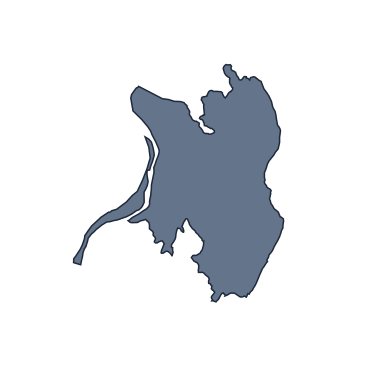 Al-Qusia, Asyut, Egypt (Mercator projection), rotated 219°
{"feature_id": "37247803B63984136807861", "entity_name": "Al-Qusia", "entity_type": "district", "adm_level": 2, "iso_a3": "EGY", "parent_name": "Egypt", "parent_adm1": "Asyut", "projection": "mercator", "projection_center": [30.825, 27.426], "detail": "fine", "context": "isolated", "style": "filled", "palette": "slate", "viewbox_px": 384, "rotation_deg": 219, "n_neighbors": 0, "source": "geoboundaries", "source_scale": "gbopen_adm2", "svg_char_len": 6114}
<svg xmlns="http://www.w3.org/2000/svg" viewBox="0 0 384 384"><g transform="rotate(219 192 192)"><path d="M223.6,129.5L220.9,129.5L219.3,130.4L216.0,133.3L215.1,134.1L214.3,136.2L213.9,137.1L211.4,140.4L210.7,141.6L208.9,141.2L206.4,141.2L204.3,139.6L201.9,136.6L198.1,136.6L196.9,136.2L196.5,136.2L195.2,134.1L194.0,133.7L193.2,133.7L191.5,133.3L190.7,132.0L190.3,130.3L189.8,129.5L188.2,129.5L186.9,130.7L186.5,132.4L186.1,132.8L185.3,134.5L184.5,134.9L184.0,135.3L182.0,134.5L181.1,134.5L180.3,132.0L180.3,131.6L179.9,130.7L179.5,129.5L179.1,127.8L177.8,125.3L177.0,125.3L175.8,126.5L174.9,129.5L174.1,130.3L172.9,130.7L170.4,130.7L167.5,129.9L167.5,130.3L168.3,132.0L168.7,133.2L169.9,134.1L170.8,134.9L172.0,136.6L173.3,136.2L174.5,137.8L174.9,139.1L174.9,141.2L175.3,143.7L175.3,144.1L175.8,145.8L178.2,149.6L179.5,152.1L179.9,153.3L180.3,154.2L180.3,155.0L179.9,155.0L179.5,155.4L178.7,155.9L177.4,155.9L175.8,155.0L175.3,155.4L174.1,155.0L173.3,155.4L173.3,155.8L174.5,157.1L175.8,157.9L176.6,158.4L178.2,158.8L178.2,159.6L178.7,160.9L179.1,162.5L179.5,163.4L179.5,165.1L179.9,166.7L179.9,167.2L179.1,168.0L177.4,167.6L174.5,165.9L173.3,165.1L168.7,163.8L165.4,163.8L163.3,162.9L160.8,162.9L157.9,162.1L156.7,162.1L154.6,161.7L153.8,160.8L152.1,160.8L151.7,160.0L151.7,160.8L149.6,157.9L147.6,153.3L147.6,151.2L147.2,149.9L148.4,146.2L149.6,144.5L150.1,144.5L151.3,143.3L151.3,140.7L150.1,140.3L146.7,139.5L145.5,139.9L144.7,139.9L143.8,140.3L142.2,139.9L140.9,139.5L138.9,137.0L138.0,135.3L136.4,133.6L134.7,134.9L133.5,136.1L131.8,136.5L129.7,136.1L125.6,136.1L123.9,135.3L123.1,133.2L121.5,131.5L120.6,131.9L120.2,132.3L118.6,131.5L117.3,131.5L116.1,129.0L115.2,129.0L114.4,128.6L114.0,129.0L112.7,128.6L111.5,128.6L111.1,128.1L111.1,123.5L110.7,122.3L109.8,121.8L108.6,121.4L108.2,119.8L106.9,121.0L106.1,121.0L104.2,121.7L104.4,122.3L104.0,123.9L104.0,126.4L104.5,127.7L104.5,128.5L104.9,130.2L104.9,132.3L104.0,132.7L104.0,133.2L103.2,133.1L102.0,132.7L101.1,133.1L100.9,132.1L100.1,133.4L99.7,134.3L99.2,135.5L99.2,136.0L98.4,137.6L98.0,138.1L96.8,138.9L95.5,140.1L90.5,140.6L89.3,140.6L88.1,141.0L86.8,142.2L85.6,144.3L83.9,144.3L83.6,144.5L84.6,148.2L83.3,148.6L83.7,150.7L83.3,154.1L83.7,155.3L84.2,159.5L85.4,164.1L87.1,169.6L89.1,177.1L89.1,179.2L89.6,183.4L89.6,185.5L90.0,185.5L91.2,186.7L91.2,187.6L91.6,189.7L92.5,191.3L92.5,195.9L92.9,198.5L93.7,201.0L95.0,208.9L95.8,212.3L97.5,216.9L98.3,218.6L98.7,221.1L100.8,224.0L102.4,226.9L104.1,228.6L107.0,228.6L107.8,228.2L112.4,230.7L117.8,230.7L120.7,232.0L123.6,232.8L125.6,234.5L127.3,235.3L129.8,240.3L130.6,240.8L131.4,242.9L133.1,243.3L133.5,243.3L135.2,242.9L136.8,242.9L138.1,243.7L139.3,244.1L140.1,244.1L141.6,244.9L142.2,245.4L142.6,247.1L145.1,249.1L146.4,250.8L146.8,251.2L148.0,252.9L148.8,255.8L150.1,259.2L150.9,260.9L151.7,264.6L151.7,272.2L152.2,275.1L152.2,279.7L155.1,285.6L158.4,289.7L161.7,295.2L163.3,296.4L165.4,297.3L167.5,297.7L169.5,299.4L173.7,303.1L174.5,304.0L176.6,305.7L178.2,306.9L182.4,308.6L187.3,312.4L192.5,314.9L196.0,316.1L201.0,317.4L207.6,321.2L207.9,321.4L210.2,321.0L211.2,320.9L212.8,321.1L213.4,320.8L214.4,321.1L215.5,320.9L216.7,320.3L218.5,317.6L217.6,315.3L220.0,315.5L221.4,314.7L222.3,315.8L224.1,314.6L224.1,314.1L224.1,310.4L224.7,309.6L225.9,309.0L227.7,309.9L228.7,310.3L229.6,310.5L230.1,310.4L231.9,311.5L233.5,312.4L235.5,312.3L237.0,311.6L238.3,312.0L239.1,312.4L240.0,313.2L240.4,314.6L241.6,314.9L242.4,315.0L244.1,313.3L245.7,312.5L246.1,311.2L246.1,309.1L245.3,307.4L244.5,307.0L244.1,306.6L242.8,305.8L241.6,304.9L239.1,304.1L236.2,304.1L234.9,304.5L233.7,303.7L233.7,303.2L232.9,302.4L232.5,301.6L231.2,300.3L229.6,299.5L228.7,299.5L227.5,298.6L225.8,298.6L225.0,297.0L225.0,294.4L225.4,294.4L225.8,292.8L225.8,291.1L225.4,289.4L225.4,286.1L227.1,286.1L228.7,286.9L230.0,287.3L230.8,288.2L232.5,288.2L236.2,285.7L238.7,283.6L239.9,283.6L241.2,282.8L242.0,281.5L242.0,279.8L241.2,276.9L241.2,276.5L240.8,276.1L241.6,274.8L242.0,274.0L242.8,273.6L243.2,272.7L243.7,272.3L243.7,271.1L243.2,270.6L243.2,270.2L242.8,269.4L241.2,269.0L238.7,267.7L237.9,267.7L237.0,266.0L230.8,259.7L231.2,258.9L231.7,258.9L232.1,257.2L232.5,256.8L232.9,255.6L232.9,255.1L232.5,253.9L230.8,253.9L229.6,254.7L228.3,254.3L226.7,253.4L226.3,253.4L224.2,251.4L221.7,252.6L220.1,252.6L218.8,253.0L217.6,253.0L216.8,253.8L213.4,253.8L212.2,252.6L212.2,252.1L212.6,251.3L213.0,250.1L213.9,248.8L215.1,247.6L216.3,247.6L217.2,246.7L218.0,246.3L219.2,245.5L220.9,245.5L222.1,246.3L225.4,247.2L226.7,247.2L227.9,247.6L228.8,248.4L229.2,249.7L230.0,250.1L232.9,249.7L233.3,249.7L234.1,248.9L237.0,248.4L238.3,248.9L239.9,249.7L242.8,250.5L244.1,252.6L244.5,253.1L247.4,254.3L249.0,254.7L250.3,256.0L252.4,256.0L254.4,256.4L256.5,255.6L258.2,254.8L261.5,252.3L262.7,251.4L268.9,248.9L270.6,247.7L272.0,247.1L273.1,246.0L300.0,240.5L299.9,239.0L300.4,238.5L300.7,237.6L300.7,236.2L300.3,229.7L298.7,226.5L288.9,217.9L276.5,216.7L267.4,214.9L262.4,213.3L259.2,211.4L251.8,208.2L245.3,204.8L243.4,203.3L242.6,202.3L241.1,199.0L239.6,194.1L238.0,190.0L237.1,186.9L235.7,185.5L233.7,183.0L227.9,171.9L225.7,169.1L221.8,163.1L219.3,158.3L217.3,155.8L216.6,154.1L216.6,152.3L216.7,150.3L218.0,146.8L219.5,141.5L220.8,138.4L222.4,134.4L223.1,130.5L223.6,129.5ZM263.1,205.3L253.7,199.6L245.9,192.1L241.6,181.8L237.7,169.5L234.9,157.9L236.2,151.7L236.7,142.9L239.6,131.4L240.4,130.0L242.5,127.1L243.1,124.5L244.1,123.9L246.8,115.2L248.6,102.6L248.3,96.4L247.8,90.6L246.2,88.1L243.9,81.7L242.8,77.1L242.0,69.5L241.9,65.7L239.6,62.6L232.7,65.4L235.0,69.7L236.4,72.7L238.5,76.3L239.8,79.8L240.1,82.8L241.4,85.9L242.1,87.9L243.6,90.7L243.7,96.2L243.1,99.3L242.8,103.0L242.1,105.8L241.3,109.6L239.4,115.0L237.0,117.4L235.0,120.3L232.3,123.5L227.2,131.9L225.0,136.9L223.5,142.3L222.0,144.8L221.6,147.3L221.6,149.6L222.7,153.9L226.7,158.7L229.2,161.8L229.7,164.9L230.8,168.8L232.7,172.5L235.1,174.6L237.2,176.5L238.9,178.3L240.2,180.3L239.9,181.4L238.7,182.4L240.2,185.7L242.0,191.1L244.4,196.6L246.0,198.4L249.4,201.3L252.2,203.4L254.9,205.2L258.8,205.9L263.1,205.3Z" fill="#64748b" stroke="#1e293b" stroke-width="1.5"/></g></svg>